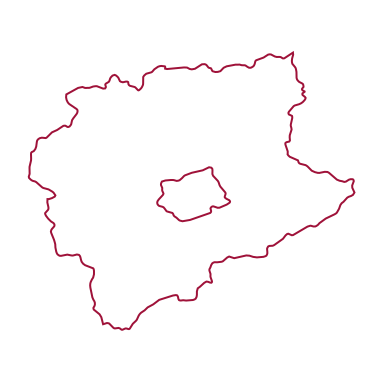 the border of Středočeský, rotated 177°
{"feature_id": "CZE-1596", "entity_name": "Středočeský", "entity_type": "Region", "adm_level": 1, "iso_a3": "CZE", "parent_name": "Czechia", "parent_adm1": "", "projection": "mercator", "projection_center": [14.499, 50.046], "detail": "fine", "context": "isolated", "style": "outline", "palette": "rose", "viewbox_px": 384, "rotation_deg": 177, "n_neighbors": 0, "source": "natural_earth", "source_scale": "10m", "svg_char_len": 5991}
<svg xmlns="http://www.w3.org/2000/svg" viewBox="0 0 384 384"><g transform="rotate(177 192 192)"><path d="M350.9,233.8L350.8,238.3L350.6,239.5L350.0,240.2L347.9,241.1L346.2,243.1L345.2,245.5L344.3,250.3L344.0,251.3L343.4,252.2L342.5,253.0L341.2,253.7L339.1,254.1L335.2,253.5L334.2,254.0L328.7,258.9L323.4,261.0L317.0,264.8L315.8,264.9L314.9,264.8L313.0,263.5L312.2,263.4L310.9,263.8L309.6,265.2L309.1,266.0L308.0,270.0L306.7,271.8L303.2,275.9L302.4,277.2L302.0,278.9L302.2,280.0L302.9,280.9L309.9,286.2L310.8,287.2L311.6,288.5L312.4,290.5L312.8,293.1L312.4,296.0L300.3,301.9L295.9,302.6L293.3,301.5L288.8,301.4L285.2,302.5L283.1,302.7L281.4,302.6L275.3,299.9L273.3,300.0L272.6,301.0L272.5,301.6L273.0,303.6L272.8,304.2L272.4,304.7L269.4,306.3L269.0,306.8L268.5,307.7L267.8,309.6L267.1,310.7L265.3,312.4L263.1,313.0L261.7,312.3L260.2,310.8L259.5,309.8L258.2,306.5L257.2,305.8L255.3,305.2L252.3,305.7L250.8,305.6L250.0,305.1L249.8,302.9L249.3,302.0L248.4,301.3L243.9,299.9L243.1,299.4L240.6,296.5L240.0,296.3L239.3,296.6L237.4,298.2L236.3,299.7L235.3,301.7L235.1,303.1L234.7,309.4L233.7,310.8L231.5,312.5L226.5,313.6L225.5,314.1L223.2,316.5L219.5,318.8L217.9,319.3L216.2,319.5L212.5,318.9L212.3,318.6L212.2,318.0L212.4,316.6L210.5,316.1L193.3,316.8L190.4,316.5L187.9,315.0L185.8,314.5L182.6,314.9L175.4,319.0L172.6,319.0L171.5,318.5L170.8,317.9L169.1,315.5L168.5,315.1L166.7,314.6L166.1,313.6L165.5,312.0L165.0,311.5L162.4,310.6L159.9,310.6L157.3,311.2L153.9,314.4L150.8,315.7L141.8,316.9L137.7,316.7L135.7,316.0L132.8,315.8L131.9,315.5L130.0,314.0L128.5,313.1L127.3,313.0L126.2,313.2L124.5,314.1L123.5,315.0L122.7,316.6L121.9,319.3L121.0,320.2L113.5,322.5L108.8,325.2L107.2,325.4L105.9,325.2L102.2,323.0L100.3,322.4L97.1,322.3L96.2,322.0L94.4,320.7L93.7,320.6L92.8,320.7L83.9,325.9L83.8,323.8L85.0,320.2L85.4,317.9L85.4,316.5L85.1,314.8L82.6,311.4L82.0,310.3L81.7,308.9L81.4,306.4L81.6,300.5L81.3,299.2L80.7,298.0L79.3,296.4L76.1,294.5L75.4,293.7L75.1,291.8L75.2,291.0L76.5,289.6L76.8,289.0L76.7,288.4L76.3,287.8L74.3,286.5L74.3,286.2L76.5,284.7L76.7,284.0L76.5,283.1L74.2,281.0L73.6,280.0L74.0,278.9L74.8,277.8L76.7,276.0L78.4,274.9L80.3,274.1L84.9,273.0L86.0,272.4L91.1,267.0L91.6,265.9L91.5,265.2L91.2,264.4L88.2,262.8L88.0,262.2L88.0,260.7L89.8,254.2L89.9,253.0L89.4,250.6L89.3,249.1L91.4,243.5L91.6,241.5L91.5,238.4L92.2,237.3L95.0,236.8L96.0,236.2L96.2,235.8L96.3,235.1L96.1,234.0L94.3,227.6L94.4,225.6L94.6,224.7L94.0,223.6L92.6,222.1L84.5,218.0L84.0,216.0L83.4,215.1L82.4,214.5L77.2,212.9L76.4,212.4L75.3,211.5L71.3,207.0L68.2,205.4L65.3,204.5L63.8,204.4L58.3,205.2L55.6,204.9L54.2,204.0L46.7,196.8L44.0,195.5L41.5,194.9L39.4,194.1L37.8,194.3L34.6,196.1L32.9,196.5L31.3,196.4L30.5,196.1L30.0,195.3L29.9,194.3L31.7,190.1L31.7,188.8L31.7,187.8L29.8,183.0L31.4,180.7L33.4,179.7L35.8,179.0L37.3,178.2L41.3,174.2L43.1,173.0L44.5,171.2L46.0,167.6L48.1,164.3L48.9,163.3L50.7,162.3L59.8,158.5L66.4,154.2L67.8,152.7L69.5,151.6L70.8,151.1L72.5,151.2L75.1,152.1L75.8,152.1L78.5,151.4L93.3,143.7L94.6,143.6L98.0,145.3L99.1,145.1L100.8,143.8L103.6,140.5L112.7,134.7L114.2,134.1L117.6,134.1L118.8,133.6L119.7,132.2L120.0,131.3L119.9,127.9L120.0,126.6L120.4,125.6L121.1,124.5L122.2,124.0L124.1,123.5L130.6,123.3L134.3,124.0L138.0,125.4L141.1,125.8L153.3,123.7L158.3,125.6L160.2,124.8L164.8,121.2L166.0,120.8L170.4,120.5L173.1,120.7L174.3,120.4L175.5,119.7L176.7,117.9L177.6,115.7L178.6,114.0L178.7,113.4L178.7,112.5L177.8,109.2L178.0,106.8L177.9,105.9L176.7,101.8L176.9,100.8L177.4,100.4L178.7,100.6L180.7,101.5L182.3,101.8L184.6,100.6L189.1,96.9L191.3,95.5L192.3,92.5L192.5,89.0L192.9,87.1L193.9,85.3L195.0,84.6L196.7,84.1L203.5,83.9L206.5,84.4L208.8,84.2L209.9,84.4L210.6,84.7L210.9,85.3L211.2,86.0L211.5,88.1L212.1,89.4L212.5,89.7L213.8,89.9L216.5,89.6L230.4,86.0L236.6,81.8L242.3,79.1L245.5,76.3L249.2,74.1L250.5,72.9L251.6,71.5L253.8,67.3L254.8,66.2L258.0,63.5L261.3,58.8L262.0,58.4L262.9,58.5L264.4,59.1L265.7,59.2L268.6,58.1L269.6,58.2L271.1,59.5L272.4,60.1L276.1,59.8L276.9,60.0L277.7,60.6L281.6,65.0L282.7,65.4L283.8,65.6L287.7,64.6L289.1,71.7L290.7,74.7L296.2,79.7L296.5,80.6L296.5,81.5L295.4,83.2L294.9,84.5L294.8,86.4L295.2,87.9L296.2,89.8L297.0,92.0L298.5,101.8L298.6,104.1L298.3,106.1L297.8,107.5L296.5,109.9L295.2,111.7L294.2,114.9L294.0,118.4L294.2,120.0L294.6,120.9L302.6,124.5L304.5,126.1L305.9,128.2L306.4,130.1L306.9,132.9L307.4,134.2L308.2,135.1L310.2,135.6L314.2,134.8L315.6,134.9L319.8,136.0L326.1,135.1L327.3,135.2L328.3,135.7L329.6,136.8L330.3,138.2L330.7,139.6L331.3,143.7L331.3,147.0L331.7,149.0L332.3,151.5L334.7,158.4L335.0,159.8L334.5,161.4L333.9,162.3L331.4,164.9L331.1,165.7L331.1,166.9L331.9,168.2L334.4,170.0L337.0,172.9L339.1,176.0L339.7,177.5L339.8,178.5L339.3,179.1L336.8,181.6L336.4,182.3L336.2,183.1L336.2,184.4L337.0,189.1L336.7,192.5L335.3,192.4L332.2,193.2L329.3,194.6L328.6,195.8L330.3,198.6L331.5,199.7L335.1,202.1L340.3,203.8L341.4,204.5L347.0,210.0L348.3,210.8L350.3,211.4L351.4,212.0L352.5,212.9L354.0,214.6L354.2,215.8L353.2,218.6L353.0,224.4L352.9,225.7L351.1,231.9L350.9,233.8ZM212.4,205.1L218.0,204.9L221.5,204.0L222.4,202.3L222.6,201.1L222.6,200.6L221.5,197.6L221.7,195.5L221.6,194.7L220.6,192.1L220.6,191.7L221.3,190.5L225.6,186.3L226.9,184.6L227.2,183.7L227.3,182.9L227.1,181.7L226.4,180.6L225.5,179.8L222.3,178.8L221.2,178.2L220.2,176.9L218.6,174.4L218.0,173.9L212.7,172.1L212.0,171.1L211.5,169.5L210.8,168.6L208.9,167.2L206.4,164.6L205.6,164.1L203.0,163.3L195.4,164.2L175.0,170.1L174.4,170.6L174.0,171.2L173.9,172.0L174.4,174.6L174.1,175.2L173.5,175.9L172.7,176.4L171.8,176.6L171.0,176.4L167.2,174.9L165.3,174.9L158.0,177.6L155.1,179.3L154.6,180.0L154.5,180.7L155.2,181.8L158.1,183.5L159.4,184.7L159.6,185.2L159.5,185.8L158.5,188.5L158.7,189.7L163.4,195.9L164.1,197.4L164.9,200.3L165.6,201.7L170.1,207.1L170.7,208.9L170.4,212.9L170.6,214.3L171.5,215.3L173.7,215.8L180.1,213.1L191.2,211.2L198.1,209.0L199.1,208.4L201.3,206.3L203.8,204.4L205.3,204.0L206.8,203.9L209.7,204.9L212.4,205.1Z" fill="none" stroke="#9f1239" stroke-width="2"/></g></svg>